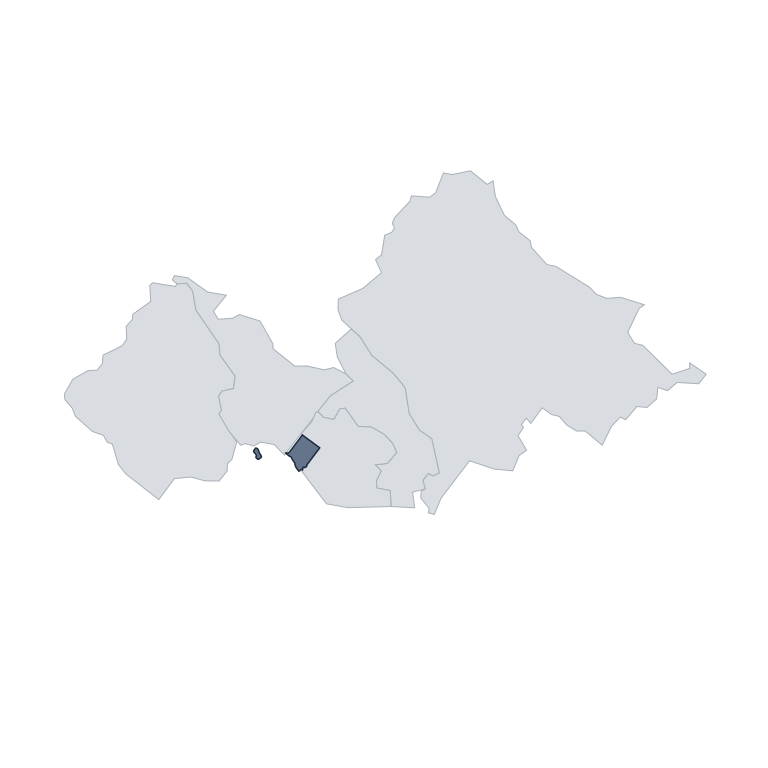 Equatorial Guinea highlighted among its neighbors, rotated 307°
{"feature_id": "GNQ", "entity_name": "Equatorial Guinea", "entity_type": "country or territory", "adm_level": 0, "iso_a3": "GNQ", "parent_name": "Africa", "parent_adm1": "", "projection": "natural_earth1", "projection_center": [9.725, 2.359], "detail": "fine", "context": "with_neighbors", "style": "filled", "palette": "slate", "viewbox_px": 768, "rotation_deg": 307, "n_neighbors": 5, "source": "natural_earth", "source_scale": "50m", "svg_char_len": 4142}
<svg xmlns="http://www.w3.org/2000/svg" viewBox="0 0 768 768"><g transform="rotate(307 384 384)"><path d="M581.4,450.7L585.0,490.1L583.4,499.7L586.5,510.4L595.6,520.8L603.9,544.2L597.7,542.3L571.9,547.6L567.2,559.5L570.6,567.6L565.2,608.2L580.4,618.8L584.8,615.4L585.7,635.4L573.6,635.2L561.6,617.1L549.4,614.5L546.0,604.8L536.2,610.7L523.5,608.1L518.3,599.6L500.8,598.4L499.9,592.6L487.2,591.1L466.4,595.1L467.5,573.0L462.3,566.1L461.2,554.7L463.6,543.5L460.5,536.4L460.2,524.7L440.9,524.9L442.3,518.2L434.1,518.3L433.3,521.5L423.4,522.2L416.9,537.7L408.1,535.0L392.2,539.1L382.5,523.5L374.1,498.5L326.9,498.3L310.0,502.7L307.8,496.9L311.9,495.0L315.0,482.1L320.8,478.2L325.0,480.1L330.5,473.0L339.2,473.2L340.2,478.4L346.2,481.7L369.0,455.1L368.5,439.9L375.5,421.9L393.4,403.4L395.2,397.5L398.2,384.3L399.4,357.4L407.3,335.9L409.6,311.8L415.8,302.4L424.3,296.4L447.7,309.6L471.4,315.0L478.3,302.4L485.6,304.3L503.4,295.0L509.7,298.9L514.9,298.4L517.3,293.9L523.2,292.3L545.5,294.7L550.8,292.7L560.6,308.0L567.8,310.2L588.3,304.4L592.2,312.3L606.3,324.7L605.5,346.3L611.9,348.8L600.6,360.3L591.2,378.6L590.3,393.5L586.6,400.5L586.4,414.5L581.8,419.7L577.4,442.2L581.4,450.7Z" fill="#d9dde1" stroke="#a8b0b8" stroke-width="1"/><path d="M156.1,273.7L156.8,232.0L159.9,220.3L172.6,203.2L170.9,198.2L174.1,190.7L170.6,179.7L172.5,157.0L177.1,149.5L179.4,138.8L183.5,134.8L200.6,132.6L216.5,139.5L222.4,146.5L230.5,146.9L238.0,142.3L257.2,151.9L265.3,151.4L274.7,143.5L284.0,144.1L288.6,141.5L309.5,148.0L321.8,137.6L325.6,138.3L336.4,158.7L339.4,158.3L345.7,165.7L343.2,175.2L329.8,189.5L316.8,228.1L308.3,235.8L300.8,260.3L289.8,266.6L280.9,258.9L274.8,259.2L265.3,270.1L260.7,270.3L248.9,301.3L232.3,307.9L226.3,306.9L220.1,311.1L207.3,310.7L198.8,299.1L193.5,285.7L182.2,273.5L156.1,273.7Z" fill="#d9dde1" stroke="#a8b0b8" stroke-width="1"/><path d="M344.3,151.3L350.7,163.2L351.3,187.8L360.1,204.7L339.4,203.9L336.0,212.7L345.4,223.5L352.4,226.7L359.7,247.1L349.3,270.9L345.4,274.3L344.6,302.0L352.1,311.7L359.4,327.9L366.8,333.8L369.2,347.6L368.0,357.7L342.4,348.4L267.3,347.3L269.6,332.7L263.4,320.5L256.1,317.3L252.8,309.0L248.8,306.4L253.1,288.1L260.7,270.3L265.3,270.1L274.8,259.2L280.9,258.9L289.8,266.6L300.8,260.3L308.3,235.8L316.8,228.1L329.8,189.5L343.2,175.2L345.7,165.7L339.4,158.3L339.8,152.4L344.3,151.3Z" fill="#d9dde1" stroke="#a8b0b8" stroke-width="1"/><path d="M408.2,324.7L407.3,335.9L399.4,357.4L398.2,384.3L395.2,397.5L393.4,403.4L375.5,421.9L368.5,439.9L369.0,455.1L346.2,481.7L340.2,478.4L339.2,473.2L330.5,473.0L325.0,480.1L314.8,471.9L303.6,483.0L290.4,463.4L302.6,453.1L296.6,440.9L302.1,436.2L312.9,434.0L314.2,425.7L322.7,434.6L336.8,435.4L341.8,426.7L343.8,414.3L342.0,399.9L334.5,388.9L341.4,367.5L337.4,363.8L325.5,365.3L321.0,355.7L322.2,347.7L342.4,348.4L368.0,357.7L369.2,347.6L377.5,330.4L387.1,320.6L408.2,324.7Z" fill="#d9dde1" stroke="#a8b0b8" stroke-width="1"/><path d="M293.4,347.8L310.7,349.0L320.2,346.6L322.2,347.7L321.0,355.7L325.5,365.3L337.4,363.8L341.4,367.5L334.5,388.9L342.0,399.9L343.8,414.3L341.8,426.7L336.8,435.4L322.7,434.6L314.2,425.7L312.9,434.0L302.1,436.2L296.6,440.9L302.6,453.1L290.4,463.4L263.4,429.4L253.7,410.2L264.8,370.9L293.5,370.1L293.4,347.8Z" fill="#d9dde1" stroke="#a8b0b8" stroke-width="1"/><path d="M294.2,349.5L294.2,353.8L294.2,357.4L294.3,361.3L294.3,365.4L294.3,368.9L294.3,371.1L291.0,371.1L286.7,371.1L282.3,371.1L278.0,371.1L275.8,371.1L273.4,371.1L272.6,371.2L272.1,371.7L271.4,371.9L270.7,371.4L269.8,371.2L269.5,370.7L269.1,369.7L268.2,369.6L267.7,369.7L267.1,370.3L266.4,370.5L266.5,370.1L265.1,369.0L264.0,368.9L263.1,368.5L263.9,365.6L264.8,363.1L266.3,361.1L267.0,360.7L267.3,359.7L268.4,356.5L269.8,353.9L269.4,351.3L269.7,347.0L270.1,347.1L270.2,347.5L270.3,348.1L270.8,348.7L272.6,349.5L277.8,349.5L281.0,349.5L285.6,349.5L290.5,349.5L294.2,349.5ZM252.7,320.0L253.1,320.1L255.5,320.0L256.1,321.0L256.1,322.5L253.6,326.7L253.1,328.4L252.2,329.9L251.4,330.1L248.5,329.2L248.0,328.6L247.9,327.9L248.2,326.2L248.4,325.7L249.7,325.4L250.2,325.1L250.9,323.3L251.1,321.7L251.7,320.4L252.7,320.0Z" fill="#64748b" stroke="#1e293b" stroke-width="1.5"/></g></svg>